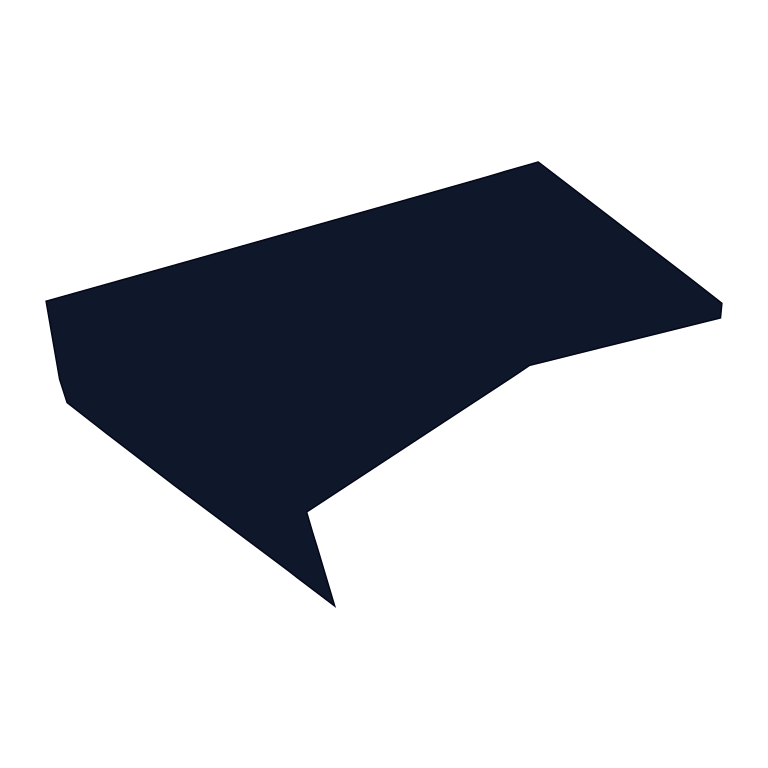 outline of Carneiros, Alagoas, Brazil
{"feature_id": "56859067B63181895111760", "entity_name": "Carneiros", "entity_type": "district", "adm_level": 2, "iso_a3": "BRA", "parent_name": "Brazil", "parent_adm1": "Alagoas", "projection": "robinson", "projection_center": [-37.355, -9.473], "detail": "fine", "context": "isolated", "style": "filled", "palette": "ink", "viewbox_px": 768, "rotation_deg": 0, "n_neighbors": 0, "source": "geoboundaries", "source_scale": "gbopen_adm2", "svg_char_len": 429}
<svg xmlns="http://www.w3.org/2000/svg" viewBox="0 0 768 768"><path d="M721.9,303.3L691.3,279.4L538.2,162.0L505.5,171.3L488.3,176.5L412.2,198.1L183.9,262.5L46.1,301.2L59.6,379.2L67.1,402.6L106.7,433.5L174.5,485.5L287.7,570.2L297.7,578.0L334.7,606.0L317.2,547.3L312.6,532.5L306.6,512.0L444.0,421.8L513.7,376.1L529.5,365.4L599.2,348.0L636.9,338.7L720.5,317.9L721.9,303.3Z" fill="#0f172a" stroke="#020617" stroke-width="1.5"/></svg>